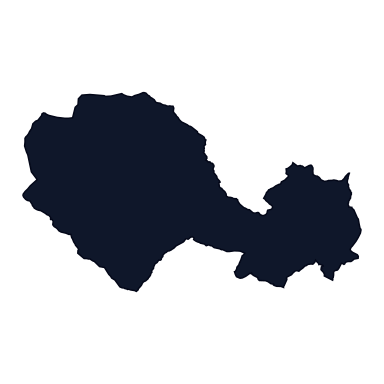 Zarnesti, Brasov, Romania (Equal Earth projection)
{"feature_id": "2599482B21049619032220", "entity_name": "Zarnesti", "entity_type": "district", "adm_level": 2, "iso_a3": "ROU", "parent_name": "Romania", "parent_adm1": "Brasov", "projection": "equal_earth", "projection_center": [25.28, 45.588], "detail": "fine", "context": "isolated", "style": "filled", "palette": "ink", "viewbox_px": 384, "rotation_deg": 0, "n_neighbors": 0, "source": "geoboundaries", "source_scale": "gbopen_adm2", "svg_char_len": 6015}
<svg xmlns="http://www.w3.org/2000/svg" viewBox="0 0 384 384"><path d="M145.6,280.9L148.1,278.7L148.5,277.5L149.4,276.9L150.7,274.7L150.6,274.0L150.9,273.4L151.9,272.3L151.6,270.5L152.5,269.8L153.6,268.2L153.6,267.0L155.0,263.9L157.1,262.5L158.7,260.1L160.3,260.2L161.2,259.6L161.6,257.8L162.7,256.7L162.9,256.1L162.6,255.7L162.7,255.4L164.6,253.2L166.3,252.3L167.8,250.9L168.9,251.0L171.1,250.0L172.7,248.8L173.6,248.4L176.2,245.8L183.1,242.1L184.0,241.3L185.6,239.0L187.0,238.7L187.6,239.1L188.4,239.1L190.3,237.4L192.2,236.7L193.6,237.5L194.1,238.2L193.6,239.5L193.8,239.7L195.7,241.0L197.5,241.9L199.7,242.5L200.2,243.1L204.5,244.1L206.2,245.7L208.3,245.0L209.4,245.0L210.1,245.6L211.8,245.8L214.1,247.6L219.7,248.8L221.4,249.7L222.6,249.6L226.8,251.5L229.4,251.5L234.4,250.8L239.1,251.0L240.5,251.2L244.8,253.1L243.4,255.1L242.3,255.6L240.8,260.1L239.4,263.1L239.0,264.4L239.0,264.8L238.1,265.6L237.8,266.5L237.0,267.0L236.6,269.1L235.4,271.4L234.5,271.7L235.4,274.5L236.5,276.7L239.7,278.1L240.5,278.2L242.4,277.9L245.7,276.3L249.9,273.3L250.9,273.6L251.6,273.0L252.1,274.4L254.0,275.7L257.2,277.3L257.8,278.0L258.3,279.5L259.4,280.5L265.6,280.7L268.1,281.7L270.9,283.7L273.3,284.1L273.7,284.5L273.6,284.8L273.3,284.7L273.4,284.9L273.8,285.2L274.1,284.9L274.5,285.5L275.1,285.8L276.8,286.3L280.9,286.4L283.5,287.4L283.4,286.6L284.0,285.9L286.7,279.9L286.9,279.0L286.4,278.2L286.7,277.4L287.4,276.8L291.5,274.7L293.2,272.7L295.5,270.8L297.0,270.7L298.9,271.2L300.4,269.8L302.9,268.0L304.9,266.0L306.1,265.7L308.0,264.4L311.4,263.9L312.1,264.2L313.1,264.0L314.8,262.2L315.6,260.1L317.1,262.0L318.1,262.9L318.4,263.0L318.9,264.6L319.9,264.3L323.1,265.6L323.2,265.9L322.5,266.1L321.3,267.0L321.3,267.8L321.7,268.1L321.1,268.6L321.0,269.3L321.1,269.8L323.7,272.6L323.9,273.3L324.5,273.9L324.3,274.7L324.3,275.1L324.7,275.4L324.4,276.0L332.6,280.2L332.8,279.5L332.6,278.3L333.2,277.5L333.6,275.1L333.6,272.1L334.4,270.8L337.5,270.0L338.7,268.5L341.1,263.9L341.8,263.2L343.9,264.4L344.6,264.0L345.2,262.8L346.1,262.0L347.9,261.5L350.9,261.5L352.5,260.5L354.0,259.1L358.1,258.3L358.3,256.3L357.3,254.7L352.7,252.4L351.0,251.1L350.1,249.5L351.1,247.3L352.3,246.1L356.0,241.2L358.2,237.5L360.4,233.1L361.0,229.9L360.7,229.0L360.1,228.6L359.2,224.4L358.3,219.1L357.3,217.8L353.8,209.8L351.8,208.1L351.9,207.4L348.7,206.9L348.7,205.9L347.9,204.0L348.5,203.0L348.6,201.4L349.9,199.2L350.1,198.5L350.5,198.2L350.7,195.8L351.4,194.2L351.1,193.2L351.4,192.9L350.7,191.9L350.6,191.0L349.9,190.5L349.9,189.9L349.0,188.9L348.7,187.3L348.3,186.8L348.6,184.9L347.4,183.0L347.3,181.8L347.5,179.9L348.0,178.7L347.8,178.6L348.7,175.1L349.4,173.2L349.1,173.1L348.2,173.6L345.4,176.5L344.2,178.5L341.9,180.8L338.5,181.2L336.6,180.5L333.8,180.0L332.0,180.4L328.4,180.5L327.2,181.0L324.5,181.4L321.1,179.9L319.3,177.5L317.2,176.1L315.8,176.1L313.1,174.6L312.8,170.9L313.0,169.0L312.8,167.5L312.1,166.5L312.1,166.1L311.0,165.1L309.2,165.5L304.6,167.9L302.4,166.1L301.4,166.0L300.2,165.5L297.5,166.1L292.9,162.7L292.2,164.8L290.1,166.7L287.8,168.4L286.1,168.9L286.4,171.3L286.1,173.6L288.3,175.2L288.5,176.1L288.3,176.6L284.7,180.2L281.5,181.8L281.1,182.3L281.3,182.8L281.0,183.5L279.8,184.3L279.1,184.3L275.9,185.8L273.2,187.8L270.6,188.8L269.3,189.8L268.7,189.8L268.0,190.8L267.9,191.5L266.6,192.3L265.8,194.5L263.7,198.3L265.2,199.4L265.8,200.5L268.5,202.7L269.4,203.9L272.1,205.6L272.5,207.0L272.4,207.8L271.7,209.1L271.1,209.4L267.7,210.2L267.3,211.3L267.2,212.6L266.1,214.4L263.9,215.5L261.7,215.5L260.9,214.8L259.9,214.8L259.6,213.7L258.5,212.6L257.5,212.5L255.1,213.2L253.0,212.8L249.4,209.7L247.7,209.6L245.4,208.2L243.9,207.7L239.8,204.2L237.9,201.3L237.6,199.7L236.8,199.3L236.4,198.7L233.6,198.6L232.2,197.8L230.7,197.4L228.2,197.2L226.4,196.2L226.1,193.9L224.8,191.6L222.7,189.8L221.7,188.4L220.1,187.7L219.4,186.7L218.8,182.8L220.1,182.1L219.7,181.2L217.2,178.4L216.7,176.3L213.7,172.5L213.7,171.8L214.0,171.1L212.9,169.2L214.0,166.2L213.8,165.1L212.9,164.4L212.9,163.9L212.7,163.9L212.3,163.3L211.1,163.2L210.0,161.9L208.0,161.9L207.4,161.0L205.8,160.1L206.9,158.3L206.8,156.7L205.0,154.5L204.6,153.6L204.0,153.3L203.5,152.7L203.9,152.2L204.2,150.8L203.9,149.4L204.3,148.5L203.9,146.2L205.5,144.5L205.2,143.2L205.4,141.3L205.9,140.0L205.1,139.7L204.1,137.2L202.1,135.7L197.8,133.3L197.4,131.7L191.5,127.0L190.2,126.3L189.0,126.1L187.2,124.7L181.5,121.9L179.3,119.7L178.1,117.6L176.4,116.0L176.0,115.0L173.5,112.2L173.4,110.6L173.8,108.1L173.0,106.2L171.2,106.2L169.8,105.9L168.1,106.2L166.3,105.8L165.7,105.3L162.8,104.8L160.1,103.2L157.3,102.8L155.7,102.2L154.3,99.8L151.9,98.1L150.5,97.4L149.3,95.9L148.0,95.3L145.9,93.1L144.1,92.6L143.1,92.6L138.9,94.4L134.6,95.6L132.0,97.0L127.0,96.2L123.3,94.7L121.8,93.6L111.0,96.1L105.5,96.4L104.2,95.7L89.9,94.5L81.9,95.1L78.4,98.8L78.0,104.7L75.2,107.3L72.6,117.8L68.3,118.3L65.0,118.3L57.0,117.4L48.8,115.4L46.4,114.3L45.3,113.3L43.6,112.9L42.1,113.7L41.6,115.6L37.9,120.3L35.6,121.2L32.9,123.8L31.6,128.6L29.6,131.5L28.6,133.7L27.1,135.7L25.8,136.9L25.0,138.3L25.0,142.1L24.6,146.0L26.5,152.0L27.8,154.8L31.4,171.9L37.2,179.6L30.3,185.8L27.7,189.0L25.2,191.4L23.2,194.1L23.0,195.5L23.6,197.0L25.6,199.3L27.3,200.4L30.0,201.0L32.4,204.8L32.4,205.5L33.9,207.3L34.1,207.9L34.6,208.3L36.4,209.4L38.1,210.1L40.9,210.7L45.1,213.2L47.3,214.9L48.5,215.1L49.6,216.1L50.7,217.6L50.5,219.2L50.7,219.5L52.2,219.5L53.2,221.4L52.8,224.5L53.0,225.1L54.2,226.6L56.5,228.0L57.7,229.2L58.9,230.8L61.0,232.0L66.4,233.3L67.4,233.9L68.0,233.9L68.7,234.4L70.9,234.4L71.7,237.7L72.4,238.6L73.7,241.9L75.2,244.2L75.5,245.2L77.9,248.0L78.7,249.6L78.0,250.4L77.8,253.2L84.1,258.5L87.2,258.6L88.2,259.0L90.0,259.0L92.5,260.7L93.5,261.2L94.0,261.1L99.6,266.6L104.2,267.4L104.7,267.8L108.8,274.4L110.7,276.3L111.6,278.0L114.9,280.0L119.9,286.9L122.0,287.8L124.1,288.0L124.9,288.6L126.7,288.9L127.3,289.4L127.5,289.2L129.2,289.4L130.5,289.9L134.8,290.6L136.3,291.4L138.0,290.0L138.5,288.6L140.7,286.2L141.9,284.5L142.0,283.7L143.5,281.8L145.6,280.9Z" fill="#0f172a" stroke="#020617" stroke-width="1.5"/></svg>